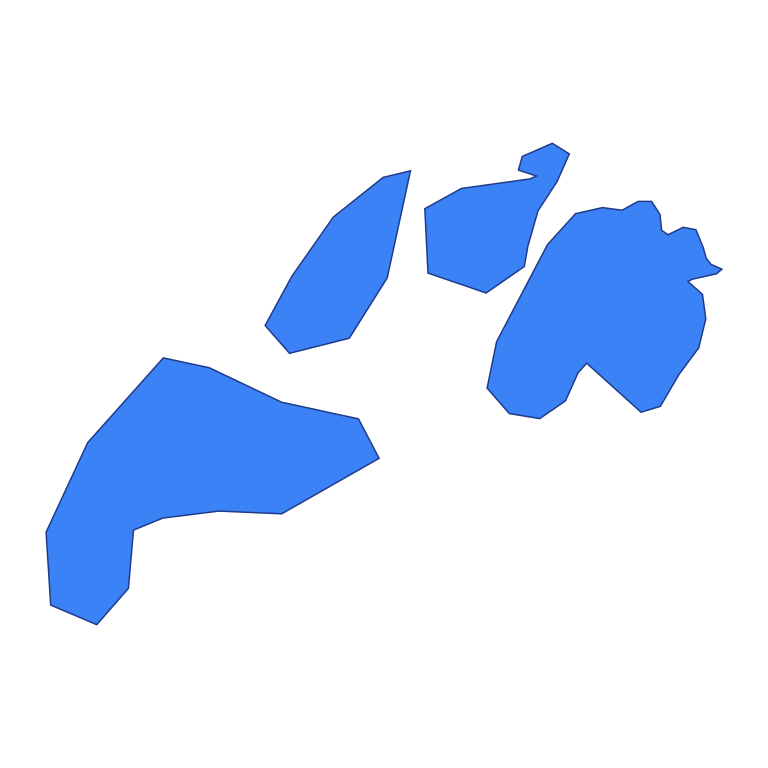 SVG path tracing the border of Föglö
{"feature_id": "ALD-4814", "entity_name": "Föglö", "entity_type": "state/province", "adm_level": 1, "iso_a3": "ALA", "parent_name": "Aland", "parent_adm1": "", "projection": "orthographic", "projection_center": [20.496, 60.014], "detail": "fine", "context": "isolated", "style": "filled", "palette": "blue", "viewbox_px": 768, "rotation_deg": 0, "n_neighbors": 0, "source": "natural_earth", "source_scale": "10m", "svg_char_len": 982}
<svg xmlns="http://www.w3.org/2000/svg" viewBox="0 0 768 768"><path d="M46.1,532.2L87.7,442.6L163.3,357.9L209.4,367.8L281.6,402.2L358.5,418.9L379.1,458.3L281.7,513.8L218.6,511.1L162.7,518.1L133.5,530.1L128.4,588.4L96.7,624.7L50.7,605.1L46.1,532.2ZM706.2,258.2L711.1,264.4L721.9,269.2L716.5,273.8L692.7,279.1L687.8,281.4L702.5,294.4L705.8,318.9L698.7,347.9L679.0,374.4L660.4,406.3L641.0,412.2L586.7,363.2L578.1,372.7L565.5,400.8L539.7,418.6L509.3,413.6L487.1,388.1L496.6,341.7L547.5,244.6L575.5,213.7L602.4,207.6L622.1,210.2L638.1,201.4L651.5,201.4L660.0,214.4L661.6,230.3L668.0,234.7L683.2,227.3L695.9,229.7L703.3,247.7L706.2,258.2ZM333.3,217.1L383.1,177.4L410.5,170.8L387.2,277.9L349.3,338.2L289.5,353.3L265.1,325.5L291.9,276.2L333.3,217.1ZM527.9,246.1L524.3,266.5L486.1,293.0L428.0,273.1L424.8,208.7L461.5,188.4L530.0,178.9L536.3,176.0L518.4,170.1L522.3,156.4L552.3,143.3L569.3,153.9L557.2,181.4L538.0,210.8L527.9,246.1Z" fill="#3b82f6" stroke="#1e3a8a" stroke-width="1.5"/></svg>